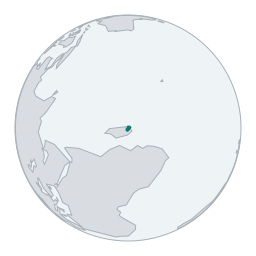 Anosy on an orthographic globe, rotated 245°
{"feature_id": "MDG-5865", "entity_name": "Anosy", "entity_type": "Autonomous Province", "adm_level": 1, "iso_a3": "MDG", "parent_name": "Madagascar", "parent_adm1": "", "projection": "orthographic", "projection_center": [46.606, -23.936], "detail": "fine", "context": "on_globe", "style": "filled", "palette": "teal", "viewbox_px": 256, "rotation_deg": 245, "n_neighbors": 0, "source": "natural_earth", "source_scale": "10m", "svg_char_len": 6376}
<svg xmlns="http://www.w3.org/2000/svg" viewBox="0 0 256 256"><g transform="rotate(245 128 128)"><circle cx="128" cy="128" r="113" fill="#eef3f6" stroke="#a8b0b8"/><path d="M15.4,132.4L15.7,130.4L17.0,131.3L17.9,137.6L18.6,147.6L23.6,164.7L26.1,174.4L29.6,181.2L36.6,193.0L37.7,195.3L40.4,198.3L43.5,202.1L45.0,204.1L47.8,207.0L49.1,208.4L50.1,209.2L55.9,214.5L58.6,216.4L63.8,220.3L65.5,221.2L66.1,221.7L67.7,222.8L69.1,223.6L69.3,224.1L66.6,222.4L59.9,217.7L53.5,212.4L47.5,206.7L41.9,200.6L36.8,194.1L32.2,187.2L28.1,180.0L24.5,172.6L21.6,164.8L19.1,156.9L17.3,148.9L16.1,140.7L15.4,132.4ZM70.2,223.8L69.8,224.4L69.5,223.8L66.2,221.7L67.5,221.8L70.2,223.8ZM61.8,217.6L59.7,215.6L60.1,215.7L61.6,217.1L61.8,217.6ZM104.5,17.8L103.2,18.1L101.4,18.6L101.8,18.6L95.9,20.6L92.5,21.7L94.2,20.6L89.5,22.1L90.4,21.8L104.5,17.8ZM118.4,15.8L119.7,15.7L120.2,15.6L122.1,15.5L123.8,15.4L132.1,15.4L140.4,16.0L148.6,17.3L156.7,19.1L164.6,21.5L172.3,24.5L179.8,28.0L187.0,32.1L193.9,36.7L200.5,41.8L206.6,47.3L212.3,53.3L217.6,59.7L222.4,66.5L223.9,68.9L225.1,73.2L222.4,71.9L222.8,73.3L220.3,69.9L219.1,71.2L225.4,83.7L225.9,86.6L223.0,89.0L222.6,86.7L216.1,77.7L216.3,84.1L221.3,92.9L223.1,101.2L219.9,96.7L217.9,89.4L215.6,86.0L215.2,80.1L211.2,70.2L207.9,69.9L207.2,66.6L201.2,58.3L195.9,57.9L188.1,63.2L188.8,71.9L185.3,74.9L177.0,60.5L174.0,52.3L170.6,52.3L162.4,45.0L147.0,42.9L145.2,41.0L142.2,41.6L136.5,39.6L134.0,36.9L130.3,37.0L137.3,44.5L141.2,44.6L145.1,41.9L146.3,44.7L151.8,47.8L144.2,54.4L122.0,61.0L120.6,54.6L107.4,40.1L108.2,38.5L108.1,38.4L108.0,38.1L106.1,40.7L104.1,38.3L110.3,47.7L111.1,52.4L121.7,61.3L120.5,62.4L124.1,64.4L136.7,62.0L136.6,64.2L130.2,74.9L113.5,91.2L116.2,102.6L115.7,112.9L106.3,120.8L108.1,129.2L103.4,132.8L103.8,137.8L100.5,143.7L94.8,150.1L83.9,152.4L82.4,147.8L75.8,140.2L66.2,121.7L68.0,112.0L66.7,105.6L59.0,93.9L60.6,85.9L58.7,83.6L54.7,85.8L52.7,83.1L50.3,84.1L36.5,93.8L32.8,91.9L29.9,82.6L32.8,76.1L34.4,70.8L55.4,45.3L58.7,44.1L74.0,36.6L75.7,36.4L72.6,40.1L83.0,41.1L87.9,37.4L98.6,37.8L106.5,36.8L111.6,30.5L98.6,31.9L97.6,29.5L109.0,26.0L120.6,25.7L120.6,24.8L114.3,23.2L118.0,21.6L112.3,22.7L113.8,23.3L110.3,24.1L108.6,23.6L110.0,23.0L106.8,23.0L101.1,26.5L102.0,27.6L93.1,29.6L93.8,31.7L91.0,33.3L88.7,30.5L89.7,29.1L84.6,27.7L82.7,29.2L87.4,30.8L85.5,31.0L82.9,33.6L83.3,31.8L78.7,30.2L71.4,33.5L60.1,42.3L56.2,44.8L53.7,45.5L59.7,39.1L67.8,34.5L70.1,32.6L70.0,31.8L72.5,30.6L73.5,29.9L76.7,28.4L82.8,25.3L86.3,23.9L90.3,22.0L92.6,21.2L89.6,22.5L89.4,22.9L98.3,20.6L100.5,19.9L102.3,19.0L104.6,18.6L105.2,18.1L111.1,17.0L104.5,18.0L106.5,17.4L108.9,17.0L118.4,15.8ZM46.9,55.5L46.0,57.1L46.9,55.5ZM132.0,29.0L139.4,29.7L137.4,26.3L140.0,26.4L138.3,25.3L137.2,26.1L133.3,23.5L136.9,22.9L136.6,21.8L134.1,21.6L128.1,23.2L133.7,26.7L131.4,27.9L132.0,29.0ZM75.4,28.4L74.3,29.0L72.1,30.2L75.4,28.4ZM79.9,26.1L79.8,26.5L78.1,27.5L70.8,31.1L74.2,29.2L73.4,29.5L77.6,27.3L78.5,26.8L79.9,26.1ZM78.4,34.6L79.9,34.3L82.3,33.5L80.8,35.3L78.4,34.6ZM75.1,33.5L76.5,32.9L75.5,34.6L74.0,35.1L75.1,33.5ZM78.2,31.2L76.7,32.7L76.6,32.1L78.2,31.2ZM91.0,22.0L92.7,21.5L91.2,22.2L91.0,22.0ZM108.9,31.7L106.1,33.0L105.2,32.6L106.3,32.2L108.9,31.7ZM92.4,33.7L95.8,33.9L91.9,34.2L92.4,33.7ZM156.3,177.3L157.2,179.5L155.4,179.3L156.3,177.3ZM135.3,111.0L128.9,130.0L123.4,130.1L121.9,124.4L123.9,112.9L130.1,109.7L133.0,104.8L135.3,111.0ZM233.9,131.4L234.7,133.5L234.6,134.0L233.9,131.4ZM233.0,128.0L234.2,130.0L232.6,128.8L233.0,128.0ZM234.6,130.8L235.8,131.8L236.3,131.8L236.1,132.7L234.6,130.8ZM232.1,126.9L226.2,120.4L223.6,116.7L224.5,115.5L228.7,119.8L232.1,126.9ZM224.3,115.2L219.9,106.7L212.2,88.1L215.0,89.9L222.7,103.1L222.3,104.3L224.9,110.3L224.3,115.2ZM233.8,115.0L233.3,119.3L230.3,115.3L228.8,113.0L227.8,106.0L228.4,103.7L229.7,105.1L233.4,100.5L235.0,104.7L234.1,107.1L235.3,112.6L233.8,115.0ZM189.3,72.9L192.2,79.2L190.2,79.5L189.3,72.9ZM233.9,96.1L233.1,98.0L233.6,94.5L233.9,96.1ZM233.6,92.3L234.2,94.4L233.1,91.6L233.6,92.3ZM223.7,75.9L222.4,75.0L221.8,73.6L223.2,74.0L223.7,75.9ZM226.3,73.2L228.1,76.9L228.5,77.9L227.0,75.0L226.3,73.2ZM208.5,204.4L212.5,200.0L211.4,202.4L208.5,205.0L208.5,204.4ZM220.5,192.3L215.0,199.0L214.2,198.8L215.9,196.5L215.1,196.9L216.5,193.9L220.9,187.2L220.0,187.6L222.6,184.7L220.4,186.5L222.8,181.9L223.6,178.2L215.4,175.2L214.6,172.0L217.1,169.1L220.9,157.1L221.4,158.0L223.9,150.9L230.1,151.0L235.2,144.9L236.0,149.2L238.2,144.5L238.2,149.1L236.8,153.8L235.1,162.1L237.6,153.8L235.4,162.0L232.5,170.0L229.1,177.7L225.0,185.2L220.5,192.3ZM235.9,136.1L237.5,134.7L238.0,135.8L235.9,136.1ZM239.0,147.2L239.4,143.9L239.6,142.7L240.1,138.7L240.1,132.5L240.1,129.4L240.4,129.7L240.0,124.8L240.5,127.3L240.4,133.1L240.6,131.8L239.0,147.2ZM239.9,137.0L239.9,137.7L239.7,138.5L239.9,137.0ZM238.9,126.0L238.8,127.1L238.5,125.3L238.9,126.0ZM239.3,126.4L239.8,130.3L239.1,127.2L239.3,126.4ZM236.0,114.7L236.4,118.2L237.6,118.6L236.7,119.5L237.2,125.8L236.8,127.1L236.4,120.4L235.7,125.2L235.1,124.2L235.1,119.1L235.8,114.5L236.4,113.3L238.4,116.4L236.0,114.7ZM239.4,122.9L239.2,118.9L239.3,117.2L239.5,119.7L239.4,122.9ZM238.0,109.1L236.7,103.8L236.1,103.6L236.9,101.8L238.0,107.2L238.0,109.1ZM236.2,99.8L235.6,99.6L235.9,98.2L236.2,99.8ZM235.2,98.0L234.6,95.4L235.3,96.9L235.2,98.0ZM236.5,100.7L235.8,96.9L236.6,99.9L236.5,100.7ZM233.0,89.6L235.3,96.0L233.1,91.1L230.7,83.5L231.5,84.6L233.0,89.6Z" fill="#d9dde1" stroke="#a8b0b8" stroke-width="1"/><path d="M129.5,128.4L129.4,128.7L129.3,128.8L129.3,129.1L129.1,129.5L128.9,129.8L128.9,130.0L128.9,129.9L128.9,130.0L128.7,130.1L128.5,130.3L128.4,130.3L128.2,130.4L128.1,130.5L128.0,130.4L127.8,130.4L127.6,130.4L127.3,130.5L127.2,130.2L126.8,130.0L126.8,129.7L126.8,129.2L126.6,128.9L126.6,128.6L126.6,128.3L126.5,128.2L126.3,128.1L126.0,128.2L126.0,127.9L126.1,127.6L125.9,127.3L125.6,127.3L125.6,127.1L125.8,126.7L125.7,126.4L125.8,126.4L125.8,126.2L125.8,125.9L126.2,125.7L126.5,125.5L126.8,125.5L127.0,125.6L127.3,125.8L127.4,126.1L127.5,126.2L127.5,126.3L127.7,126.5L127.8,126.5L127.7,126.7L127.7,126.8L127.8,126.8L127.7,126.9L127.7,127.0L127.8,127.2L127.8,127.3L127.8,127.5L127.7,127.5L127.7,127.8L127.8,127.9L127.8,128.0L128.0,128.0L128.2,128.3L128.3,128.3L128.5,128.4L128.5,128.5L128.8,128.6L128.8,128.4L128.7,128.4L128.8,128.3L128.9,128.2L129.0,128.1L129.4,128.3L129.5,128.4L129.5,128.4Z" fill="#14b8a6" stroke="#0f766e" stroke-width="1.5"/></g></svg>